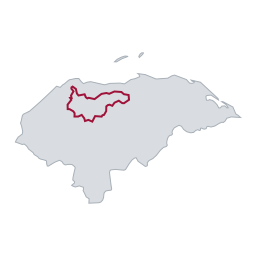 where Yoro sits in Honduras
{"feature_id": "HND-643", "entity_name": "Yoro", "entity_type": "Department", "adm_level": 1, "iso_a3": "HND", "parent_name": "Honduras", "parent_adm1": "", "projection": "natural_earth1", "projection_center": [-87.221, 15.309], "detail": "coarse", "context": "in_parent", "style": "outline", "palette": "rose", "viewbox_px": 256, "rotation_deg": 0, "n_neighbors": 0, "source": "natural_earth", "source_scale": "10m", "svg_char_len": 3087}
<svg xmlns="http://www.w3.org/2000/svg" viewBox="0 0 256 256"><path d="M240.6,117.5L231.3,116.9L226.9,118.2L225.0,121.2L223.3,122.5L221.9,122.2L219.1,123.4L214.9,126.0L211.1,127.0L207.7,126.3L206.7,127.0L206.5,127.9L206.0,128.7L204.6,129.1L203.1,128.9L201.4,128.0L200.5,128.4L200.4,130.1L199.5,130.5L197.8,129.7L195.8,130.4L193.6,132.4L190.6,132.8L186.7,131.7L183.6,129.4L181.4,126.2L178.9,125.3L174.3,127.8L172.4,130.6L172.0,132.4L172.5,133.9L171.7,135.0L169.6,135.5L168.0,137.4L166.9,140.8L166.7,143.4L167.3,145.2L166.3,146.5L163.5,147.4L160.3,150.3L156.5,155.2L152.8,158.6L149.1,160.5L147.3,162.7L147.4,165.1L147.2,165.8L146.5,166.1L145.3,166.4L138.1,161.3L136.1,157.7L134.3,158.2L132.0,160.0L128.9,164.1L125.5,169.6L123.8,170.2L115.4,169.4L110.9,169.9L110.0,170.6L109.5,172.6L109.8,175.3L111.0,185.0L111.7,189.0L111.0,190.2L108.8,190.4L105.8,191.0L104.2,192.8L103.8,194.7L103.6,197.3L102.7,200.0L100.9,202.0L99.0,202.7L88.9,203.2L89.1,198.7L86.2,196.9L84.5,193.2L83.1,190.6L83.5,189.1L83.4,187.3L79.3,185.9L75.4,187.0L73.2,186.3L71.6,185.3L74.4,183.1L74.6,181.8L73.7,180.8L72.8,180.1L73.0,177.6L73.6,174.7L75.2,167.8L74.6,166.6L72.0,164.5L68.8,164.3L65.2,164.9L63.4,163.8L61.9,161.5L59.4,160.3L54.8,162.2L50.0,165.1L48.5,166.1L47.3,166.0L46.7,163.9L46.5,161.3L46.2,160.7L43.6,159.8L40.6,159.1L39.1,158.4L37.7,156.7L34.1,154.5L33.3,152.8L28.5,149.0L27.5,147.2L26.4,145.8L24.1,144.0L22.3,144.5L16.3,142.3L15.4,142.1L16.2,140.2L18.1,137.2L22.3,134.0L22.7,131.3L21.6,126.2L20.5,122.9L21.1,121.5L22.4,115.5L23.4,114.2L29.5,111.2L30.0,110.8L34.8,106.6L40.1,101.9L45.6,96.8L51.7,91.0L55.1,87.7L56.6,86.2L60.2,87.4L62.9,84.7L64.5,83.8L68.3,80.5L69.4,79.8L75.7,78.5L78.8,78.5L81.4,81.8L83.5,83.6L87.5,82.1L90.8,81.7L104.5,84.8L110.0,83.4L120.0,83.1L124.5,83.9L130.8,79.6L134.9,78.7L139.7,76.7L139.1,74.6L137.9,73.6L145.2,74.6L156.1,79.0L167.7,78.2L171.9,75.8L174.6,75.1L186.5,79.6L189.6,83.1L192.1,83.4L194.0,82.7L194.5,81.9L192.1,81.2L191.1,80.1L200.4,82.2L218.1,98.6L218.5,100.0L211.0,95.1L207.0,95.5L205.9,96.3L206.2,98.9L206.5,100.2L208.3,100.3L209.5,99.6L212.6,100.5L214.7,102.2L217.2,104.9L218.7,107.9L220.3,107.9L221.9,106.1L224.9,105.9L226.9,107.9L228.2,107.8L226.3,104.7L221.7,101.7L222.8,101.6L232.9,107.0L235.8,113.9L238.2,115.4L240.6,117.5ZM122.2,58.6L116.4,61.9L114.5,61.8L117.2,59.3L121.5,57.1L125.1,56.0L128.1,56.4L122.2,58.6ZM142.0,55.0L139.3,57.5L138.8,56.4L140.1,54.1L141.8,52.8L143.4,52.9L143.0,53.9L142.0,55.0Z" fill="#d9dde1" stroke="#a8b0b8" stroke-width="1"/><path d="M72.6,86.6L75.9,89.0L76.9,93.5L78.5,95.5L84.6,94.3L85.8,97.2L87.3,98.4L88.7,97.8L94.6,99.1L101.5,93.9L106.4,93.0L109.2,93.8L114.4,91.5L121.4,92.0L123.9,94.2L128.6,95.0L129.0,99.8L124.0,103.2L122.2,103.1L118.8,100.7L114.5,102.7L112.3,105.8L109.6,104.7L107.9,105.1L106.3,106.4L106.2,111.1L104.0,114.9L102.5,115.2L101.6,116.6L95.1,116.1L92.3,121.6L88.4,119.9L85.0,121.0L84.3,118.4L81.7,114.9L78.3,116.5L74.5,116.5L74.6,113.2L73.3,111.3L69.7,109.2L67.7,109.1L67.6,104.6L71.3,99.9L70.2,98.0L71.6,98.0L71.0,95.6L73.5,91.3L71.4,88.7L71.5,87.4L72.6,86.6Z" fill="none" stroke="#9f1239" stroke-width="2"/></svg>